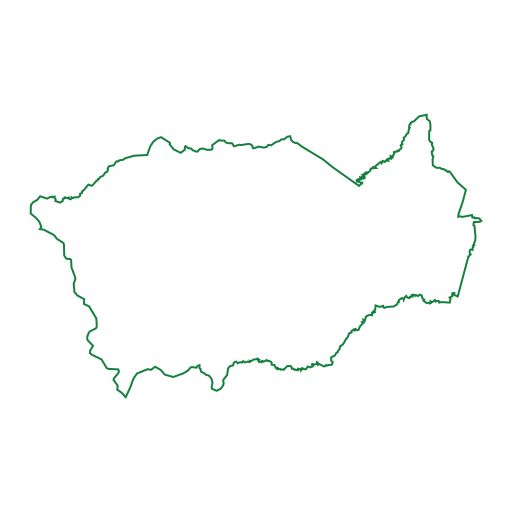 outline of Pa Phayom, Phatthalung, Thailand
{"feature_id": "78962969B75084248147684", "entity_name": "Pa Phayom", "entity_type": "district", "adm_level": 2, "iso_a3": "THA", "parent_name": "Thailand", "parent_adm1": "Phatthalung", "projection": "orthographic", "projection_center": [99.888, 7.825], "detail": "fine", "context": "isolated", "style": "outline", "palette": "green", "viewbox_px": 512, "rotation_deg": 0, "n_neighbors": 0, "source": "geoboundaries", "source_scale": "gbopen_adm2", "svg_char_len": 6037}
<svg xmlns="http://www.w3.org/2000/svg" viewBox="0 0 512 512"><path d="M40.2,196.3L37.3,199.8L33.1,202.3L31.3,204.5L30.8,206.5L30.7,213.5L36.3,218.2L39.4,221.9L41.3,226.8L39.9,229.1L43.8,229.7L53.1,234.6L54.5,235.6L56.9,238.8L63.4,243.0L64.0,244.9L64.2,255.6L66.4,258.7L70.1,259.0L71.1,259.9L71.5,267.5L75.3,277.6L75.2,279.8L73.7,283.4L74.4,291.8L77.3,295.4L84.2,299.2L83.9,303.9L89.1,306.4L96.3,318.4L96.8,326.0L96.4,327.7L95.3,328.7L90.0,331.3L88.6,333.1L87.3,336.6L87.2,339.2L88.1,340.7L93.0,345.8L90.2,350.5L90.0,353.2L92.0,354.8L101.5,359.4L106.8,368.2L108.7,368.9L118.3,369.4L118.9,371.2L118.5,372.9L114.1,378.1L113.5,379.9L117.7,385.6L117.3,389.7L121.5,392.6L125.7,397.2L130.1,387.8L133.5,378.5L137.0,373.5L147.6,369.2L151.2,369.8L155.1,366.7L160.8,370.0L164.8,374.6L173.3,377.0L183.2,373.4L187.9,370.6L190.3,367.8L191.7,367.0L196.3,367.7L197.6,365.9L199.5,365.2L199.5,368.2L200.6,369.1L200.9,371.5L204.9,373.7L205.9,374.8L207.9,375.2L209.8,376.4L211.7,379.2L212.5,382.7L211.6,387.4L212.0,388.8L216.6,390.8L220.7,388.7L223.2,385.4L223.7,383.0L223.2,381.3L223.4,379.7L227.1,375.1L228.2,368.1L230.4,365.9L233.0,365.5L233.9,362.6L235.5,361.7L236.4,361.7L237.7,363.2L240.1,362.2L242.0,362.6L243.1,361.1L244.8,362.5L247.6,361.6L249.5,362.1L250.1,361.6L249.9,360.8L251.2,361.1L253.4,359.6L256.6,359.2L257.5,358.5L259.0,359.6L258.0,360.0L259.0,362.0L260.3,361.7L261.6,362.2L261.8,361.1L262.4,360.9L263.6,361.7L266.6,360.0L267.5,361.1L269.1,360.8L271.5,362.3L271.7,364.7L274.4,365.0L275.7,367.8L277.6,367.7L277.8,368.3L276.9,368.8L277.3,369.3L280.0,368.8L280.8,369.7L283.3,369.3L283.8,369.7L287.1,366.2L289.6,366.0L291.2,366.4L292.0,368.8L293.0,368.5L294.7,369.9L295.4,369.5L297.8,370.3L298.4,369.8L298.2,368.8L300.5,369.3L300.9,368.9L301.1,370.4L302.8,368.3L304.0,369.2L306.0,369.2L307.8,366.5L310.6,367.4L311.9,366.5L312.8,366.5L313.1,365.9L312.0,364.9L312.2,364.0L314.6,364.5L316.9,363.9L316.9,362.2L317.7,362.5L318.2,364.7L318.9,363.9L323.9,366.4L325.3,366.1L326.1,365.0L327.5,365.6L328.6,365.0L331.9,364.7L332.7,362.1L331.1,360.6L331.2,357.3L334.9,355.5L336.2,353.1L337.8,352.1L337.7,351.4L339.4,349.4L340.2,346.2L342.5,344.8L344.4,342.2L345.9,339.1L347.7,337.2L349.2,333.3L351.5,332.5L351.5,331.1L353.9,329.3L355.2,329.0L354.9,330.4L356.7,329.8L357.8,330.2L358.8,329.5L359.8,326.6L362.6,323.6L362.0,322.2L363.8,322.4L363.4,319.8L364.8,320.6L366.1,316.4L369.4,314.9L372.0,315.2L371.7,314.3L372.5,313.1L374.9,312.1L374.8,311.6L373.0,311.8L375.2,309.5L375.6,305.5L379.6,306.9L383.2,305.9L383.2,307.2L384.8,307.9L386.4,307.0L393.9,306.4L397.1,304.4L397.9,302.1L398.8,302.1L398.8,300.2L401.9,298.0L403.1,298.6L403.7,300.0L404.7,297.2L406.3,295.9L407.0,297.4L409.5,298.1L409.9,296.7L412.5,296.5L411.8,295.1L413.6,294.6L415.1,295.8L415.8,295.0L418.1,296.1L419.5,294.7L421.6,295.3L422.5,298.4L424.3,299.8L423.5,300.7L426.4,303.0L428.8,302.6L429.6,303.5L430.9,302.9L430.7,301.3L431.8,302.0L432.7,301.9L434.8,300.0L435.6,301.6L436.4,300.9L438.7,301.0L439.2,302.6L441.3,302.1L449.8,302.6L450.5,298.8L449.6,297.5L452.3,296.2L452.1,293.7L453.5,292.8L454.4,292.9L454.0,294.8L457.7,296.5L468.4,256.5L469.0,256.5L469.4,255.4L470.7,254.4L469.7,253.2L469.8,250.2L471.0,249.5L472.5,249.9L472.6,247.8L473.4,247.1L472.9,246.2L473.3,245.3L474.3,245.0L473.8,243.8L475.3,240.5L475.5,236.8L474.5,225.9L473.4,225.2L473.8,222.1L479.8,221.8L481.3,220.9L479.4,218.5L476.3,218.0L474.8,218.3L474.4,217.4L472.4,217.6L472.0,215.1L462.5,216.9L459.9,216.3L458.2,216.7L458.5,214.2L462.8,201.5L465.9,189.8L457.4,182.3L449.8,171.7L448.7,171.3L448.1,172.0L447.5,171.9L446.4,170.4L445.1,170.3L443.9,169.2L441.6,168.9L439.9,167.8L436.3,167.8L432.8,165.3L432.6,159.2L433.3,156.8L433.1,155.9L432.3,155.6L431.7,151.5L432.8,150.8L433.6,148.8L431.8,144.5L432.2,142.8L430.2,141.6L429.1,139.9L429.2,131.1L430.4,130.4L430.4,124.3L429.8,121.3L426.7,118.8L426.7,114.8L419.2,116.3L413.9,121.4L411.7,122.0L410.4,123.3L410.5,124.1L409.5,124.6L409.1,127.3L409.7,127.7L408.9,129.1L408.2,133.2L407.0,133.7L405.2,136.6L403.7,137.7L404.0,139.8L402.0,141.9L402.4,144.4L401.5,144.3L400.7,145.4L401.5,147.2L401.1,148.6L399.9,149.3L398.9,150.9L397.6,150.5L397.1,151.6L395.7,151.5L394.8,152.5L394.0,152.1L393.7,154.9L392.8,155.5L392.8,156.9L391.1,156.3L391.9,157.8L391.5,158.7L390.1,157.7L389.6,158.8L387.7,158.8L386.9,159.7L388.0,160.7L385.5,160.8L384.8,162.0L382.6,160.9L381.6,163.3L380.4,162.1L375.3,166.3L375.3,167.3L376.0,168.0L373.6,168.1L373.6,167.1L373.1,167.0L371.9,168.5L370.7,168.7L370.4,170.5L367.6,172.9L366.4,172.2L365.1,173.1L366.1,173.3L366.3,174.0L363.4,174.8L364.3,175.1L364.7,178.1L364.1,178.3L362.6,176.4L361.9,176.7L362.3,178.2L360.4,177.5L361.1,179.4L360.1,179.6L359.6,178.8L358.5,180.0L357.9,179.3L356.6,180.3L357.1,181.7L359.2,181.7L361.0,182.9L362.2,182.7L362.2,183.4L361.4,183.5L359.0,185.9L332.8,167.3L322.7,159.2L301.9,146.6L297.4,143.2L295.1,142.9L292.9,141.9L291.2,139.9L290.1,136.2L287.5,136.7L283.8,139.4L281.6,139.3L279.0,141.3L276.3,141.8L271.1,145.3L268.3,144.9L266.7,146.9L263.8,147.6L258.6,146.6L253.4,148.4L252.6,147.5L252.4,145.7L250.3,144.2L248.3,143.9L241.0,145.1L239.4,144.7L234.0,146.3L232.1,143.3L227.5,143.1L225.6,142.2L224.4,140.6L220.5,140.6L219.2,140.0L212.2,145.2L212.5,148.5L211.6,149.7L207.2,149.9L202.7,148.5L199.7,149.1L197.5,151.6L196.1,151.6L192.7,150.2L191.1,148.6L187.9,148.0L185.6,146.1L184.9,146.9L184.8,149.7L180.7,152.8L173.7,149.4L169.7,144.4L169.9,142.8L161.1,137.2L157.4,138.5L153.3,141.7L150.3,146.3L147.2,155.0L134.2,155.7L125.4,158.2L123.0,159.8L119.4,160.3L118.2,161.5L116.5,161.3L113.6,165.3L108.9,166.3L107.6,168.8L108.0,170.1L106.8,172.0L105.3,172.5L103.1,175.7L100.2,177.0L99.3,178.7L98.1,178.9L97.5,180.5L96.5,180.7L92.4,185.5L91.4,185.7L88.4,184.6L83.4,190.6L82.2,191.2L81.9,193.1L80.1,193.8L80.1,195.6L79.0,196.7L77.1,197.4L74.5,197.3L72.9,198.1L71.6,197.3L71.6,198.2L70.6,199.3L69.3,198.9L68.8,197.5L67.9,198.1L64.8,197.4L64.9,198.3L63.0,198.7L62.6,201.2L59.8,202.6L55.4,201.0L55.6,199.0L54.4,197.6L54.6,196.6L52.4,196.7L52.1,197.3L50.5,196.9L47.2,198.6L40.2,196.3Z" fill="none" stroke="#15803d" stroke-width="2"/></svg>